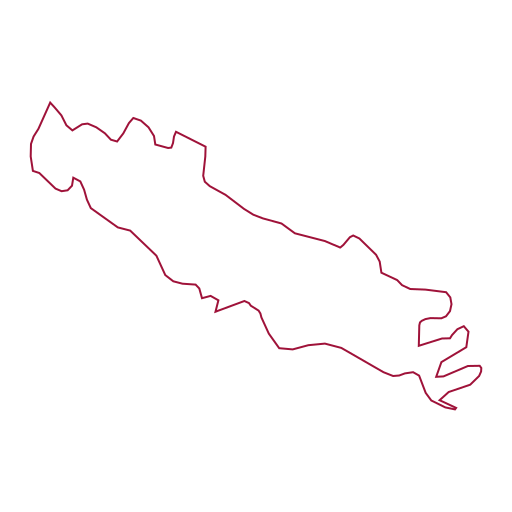 Cremona, Natural Earth projection
{"feature_id": "ITA-5447", "entity_name": "Cremona", "entity_type": "Province", "adm_level": 1, "iso_a3": "ITA", "parent_name": "Italy", "parent_adm1": "", "projection": "natural_earth1", "projection_center": [10.091, 45.216], "detail": "fine", "context": "isolated", "style": "outline", "palette": "rose", "viewbox_px": 512, "rotation_deg": 0, "n_neighbors": 0, "source": "natural_earth", "source_scale": "10m", "svg_char_len": 2179}
<svg xmlns="http://www.w3.org/2000/svg" viewBox="0 0 512 512"><path d="M205.6,146.7L205.3,156.6L203.2,175.8L204.8,181.7L209.7,186.1L225.6,194.9L244.0,208.9L253.3,214.7L262.9,218.4L281.5,223.5L294.9,233.3L324.7,241.0L324.8,241.0L325.0,241.1L325.3,241.2L325.5,241.3L325.8,241.4L326.0,241.5L326.3,241.7L326.6,241.8L327.0,241.9L327.3,242.1L327.7,242.2L328.1,242.4L328.5,242.6L328.9,242.7L329.3,242.9L329.7,243.1L330.2,243.3L330.6,243.5L331.1,243.7L331.6,243.9L332.0,244.1L332.5,244.3L333.0,244.5L333.4,244.7L333.9,244.9L334.3,245.0L334.8,245.2L335.2,245.4L335.7,245.6L336.1,245.8L336.5,246.0L336.9,246.1L337.3,246.3L337.7,246.4L338.0,246.6L338.3,246.7L338.7,246.9L338.9,247.0L339.2,247.1L339.4,247.2L339.7,247.3L339.8,247.4L340.0,247.4L340.1,247.5L340.3,247.5L343.4,244.9L349.9,237.2L353.2,235.5L359.4,238.5L376.1,254.8L379.7,261.6L381.4,272.7L397.2,280.1L402.1,285.2L410.2,289.0L425.4,289.6L446.1,292.2L450.3,297.4L451.5,304.2L450.0,311.1L446.0,316.3L441.3,318.3L430.4,318.1L425.4,319.1L421.8,320.8L420.0,322.4L419.3,325.3L418.8,345.8L442.0,338.5L450.0,338.3L452.0,335.1L457.4,329.2L463.8,326.2L468.5,331.7L466.3,347.2L441.4,362.1L436.2,376.8L443.5,376.4L467.9,366.0L479.7,365.8L481.3,368.0L481.1,371.5L479.1,376.0L470.2,384.7L448.7,392.0L439.6,400.2L456.1,407.9L455.0,409.4L445.3,407.4L431.3,400.5L425.7,392.9L419.1,375.6L413.1,372.2L404.9,373.4L399.2,375.5L393.1,376.0L383.5,372.2L341.3,347.9L324.9,343.6L308.3,345.2L292.7,349.4L279.2,348.2L268.8,333.6L261.4,317.4L260.4,313.5L258.6,310.6L250.8,305.7L249.0,303.1L244.4,301.0L215.5,311.7L218.4,300.3L210.6,295.9L202.0,298.2L199.3,288.5L195.6,284.6L182.5,283.7L173.3,281.3L165.3,275.1L156.4,255.7L130.2,230.6L117.8,227.4L90.8,208.1L86.9,199.6L84.1,189.7L80.3,181.4L73.3,177.7L72.0,185.7L67.6,190.3L61.6,191.2L55.5,188.6L39.3,173.0L32.9,170.9L30.7,156.5L31.0,143.9L33.6,136.5L35.1,134.1L38.4,128.9L50.2,102.6L54.6,107.4L61.4,115.4L66.4,125.3L72.4,130.4L82.1,124.3L87.7,123.6L96.3,127.3L104.9,133.3L110.9,139.7L117.1,141.5L123.3,133.4L128.9,123.1L133.3,118.0L140.9,120.6L148.5,127.3L154.0,136.0L155.3,144.5L168.1,148.0L171.3,147.6L173.0,143.1L174.0,136.5L176.0,131.8L205.6,146.7Z" fill="none" stroke="#9f1239" stroke-width="2"/></svg>